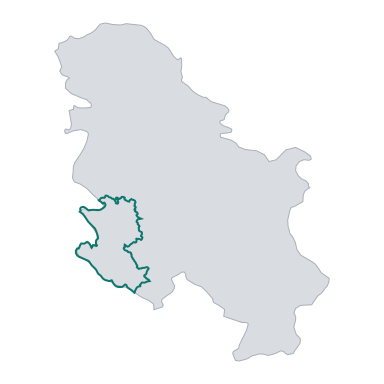 location of Zlatiborski within Republic of Serbia
{"feature_id": "SRB-1505", "entity_name": "Zlatiborski", "entity_type": "District", "adm_level": 1, "iso_a3": "SRB", "parent_name": "Republic of Serbia", "parent_adm1": "", "projection": "equal_earth", "projection_center": [19.945, 43.584], "detail": "fine", "context": "in_parent", "style": "outline", "palette": "teal", "viewbox_px": 384, "rotation_deg": 0, "n_neighbors": 0, "source": "natural_earth", "source_scale": "10m", "svg_char_len": 8794}
<svg xmlns="http://www.w3.org/2000/svg" viewBox="0 0 384 384"><path d="M220.4,137.1L231.2,140.2L236.1,143.2L238.7,147.0L245.6,149.6L256.7,150.8L264.5,154.8L269.0,161.5L276.1,159.8L285.8,150.0L295.5,147.4L305.1,152.1L310.4,156.0L311.3,159.1L309.1,160.3L303.8,159.7L299.4,161.6L296.1,165.9L295.6,170.6L298.1,175.5L301.5,178.9L305.9,180.8L308.3,183.4L308.6,186.7L309.8,187.6L307.3,189.1L304.7,191.3L303.2,195.3L302.9,201.6L294.4,206.5L291.2,207.4L289.8,210.7L287.7,220.0L288.1,226.9L289.3,230.5L289.9,233.4L292.7,237.0L295.3,242.4L297.0,249.7L300.8,255.2L310.3,260.7L315.1,263.9L318.6,268.6L321.3,272.8L329.3,278.4L328.7,282.4L327.1,286.3L325.3,288.1L321.5,293.1L317.7,296.0L311.6,304.8L301.7,305.3L299.3,306.0L295.6,308.5L293.9,312.9L295.7,316.5L295.6,320.1L293.8,327.1L296.3,334.6L299.9,338.0L300.4,340.0L299.9,343.5L294.8,350.7L293.2,353.4L288.0,354.7L286.2,354.0L283.5,351.5L281.0,350.8L274.8,353.7L268.4,355.5L263.4,354.1L258.5,354.0L255.1,355.2L252.5,355.6L247.5,358.7L239.4,361.0L235.6,360.5L234.2,357.6L232.7,353.4L233.4,351.5L238.7,348.2L239.3,345.1L246.6,330.0L248.0,325.1L248.1,323.5L246.1,322.5L242.0,322.5L223.8,316.4L224.6,309.4L219.2,305.6L213.4,302.3L212.4,298.5L206.0,291.0L201.3,286.7L195.3,284.6L190.2,281.5L187.1,279.6L185.7,276.1L185.7,274.0L184.1,272.0L181.6,272.2L177.5,275.0L172.3,277.5L171.4,279.2L173.3,283.4L174.7,286.0L174.1,288.6L172.4,291.8L162.5,298.8L161.4,301.3L163.3,305.3L162.1,307.1L153.8,309.7L154.0,307.6L153.5,304.1L148.7,300.4L142.0,297.5L127.0,287.6L121.3,286.3L116.2,285.2L108.8,280.5L105.1,279.6L100.9,276.3L91.8,264.9L84.1,258.8L78.8,255.6L77.3,252.6L77.0,249.5L77.2,248.4L81.2,244.0L84.3,243.3L88.2,243.2L90.8,245.4L94.3,245.9L96.2,243.1L97.2,238.9L96.8,233.7L88.6,221.5L81.5,213.0L80.7,211.1L82.2,209.5L84.7,208.6L87.3,209.4L94.3,210.0L100.9,209.2L103.2,207.1L103.2,204.3L100.8,201.7L93.0,194.8L87.0,188.6L79.9,183.9L74.6,182.0L73.1,179.6L72.5,177.1L73.1,172.4L73.4,166.4L74.7,162.7L79.5,155.7L84.0,148.2L86.9,141.0L88.4,134.3L87.8,132.4L85.5,131.0L80.5,129.6L73.5,130.8L67.6,133.2L65.3,133.4L64.6,130.5L65.5,129.1L67.3,129.3L68.9,129.9L70.5,128.5L71.5,124.5L69.1,110.5L73.5,109.3L73.6,107.3L74.0,105.5L78.5,107.9L84.9,108.0L90.5,107.5L91.3,106.1L91.3,104.1L90.1,102.6L88.2,101.3L86.7,99.4L83.0,98.6L71.2,93.5L65.4,88.2L65.6,82.6L67.3,79.5L69.3,78.4L68.8,77.4L62.1,74.8L59.8,71.1L61.7,66.5L58.3,57.0L54.7,51.2L58.3,48.7L58.8,45.1L59.1,43.1L60.6,43.1L66.4,40.7L68.5,38.8L69.7,36.5L71.1,36.0L74.9,38.4L79.0,38.6L83.5,37.1L86.9,34.9L91.0,33.1L92.9,31.9L95.3,29.9L100.1,24.2L105.5,23.0L112.7,24.5L120.5,25.0L126.4,23.7L141.2,25.3L144.4,26.7L146.5,28.2L150.4,33.0L154.1,39.4L159.3,42.3L165.5,45.8L168.7,48.4L173.4,56.0L177.2,59.7L178.4,59.5L179.6,58.6L180.5,57.8L181.5,58.5L181.5,60.8L181.8,65.9L180.9,71.4L182.3,76.6L182.3,78.2L181.4,79.7L181.5,81.0L182.8,82.4L187.9,85.8L192.6,91.1L198.0,94.8L203.0,97.2L206.1,97.4L211.3,101.7L221.6,104.8L224.8,105.8L227.1,107.6L228.7,109.6L228.8,111.8L227.3,112.9L225.1,115.8L224.2,119.4L222.6,120.4L221.0,120.4L219.8,121.5L220.1,123.0L221.4,124.5L223.6,125.9L227.7,127.2L231.7,129.2L231.7,130.7L230.9,132.4L225.8,133.1L222.0,133.4L220.2,134.1L220.4,137.1Z" fill="#d9dde1" stroke="#a8b0b8" stroke-width="1"/><path d="M100.8,275.8L98.3,273.8L97.6,272.8L96.5,270.4L95.7,269.2L91.7,265.3L89.0,261.3L87.9,260.6L78.8,256.7L77.0,255.2L75.9,253.0L75.9,250.5L77.2,248.5L78.7,248.5L79.5,247.0L80.2,245.0L81.1,243.6L81.8,243.4L83.5,243.7L84.3,243.6L85.1,243.2L86.6,242.1L87.3,241.9L88.4,242.5L89.6,243.9L90.5,245.5L91.1,247.0L91.6,247.8L92.2,247.0L93.0,245.1L93.8,245.1L96.3,246.0L96.8,245.7L97.0,245.4L96.8,245.0L96.3,244.5L96.0,243.6L95.9,242.4L96.0,241.2L96.3,240.1L98.0,238.5L97.9,236.3L96.3,231.5L95.0,228.6L88.2,221.7L84.7,216.3L82.7,213.8L80.4,212.2L79.7,211.7L80.4,211.0L80.6,210.4L80.2,209.3L80.2,208.7L80.6,207.9L81.2,207.4L82.5,207.0L83.5,206.9L84.4,207.2L86.1,208.4L87.8,209.9L88.6,210.4L89.6,210.3L90.6,210.0L94.1,209.8L97.9,210.2L99.5,210.0L101.1,209.5L103.8,207.6L104.9,206.4L105.5,205.0L105.0,203.4L104.2,202.7L103.6,202.9L103.2,203.4L102.9,203.6L102.3,203.2L101.2,201.9L99.1,200.7L98.7,200.2L99.4,200.0L99.6,199.9L99.8,199.7L100.5,198.5L100.8,198.2L101.6,198.0L102.5,197.6L102.8,197.6L104.0,197.9L104.6,197.7L104.9,197.4L105.1,196.9L105.4,196.4L105.5,196.2L105.5,195.7L106.0,195.6L106.6,195.6L107.5,196.0L108.0,196.1L108.5,196.7L109.1,197.2L110.6,197.6L111.2,197.8L111.5,198.1L111.9,198.5L112.3,198.8L112.6,198.8L113.2,198.8L113.5,199.0L114.0,199.5L114.6,200.0L114.7,200.3L114.9,200.7L115.0,200.9L115.6,201.5L115.8,201.9L115.9,202.2L115.9,202.4L115.8,202.9L115.8,203.0L116.1,203.4L116.5,203.5L117.5,203.6L117.8,203.5L118.0,203.3L118.1,203.2L118.2,202.9L118.2,202.6L118.2,202.2L118.2,201.7L117.9,200.9L117.5,199.8L117.1,199.4L116.3,198.9L115.9,198.6L115.8,198.4L115.8,198.2L116.4,197.7L116.6,197.6L117.0,197.6L117.4,197.7L117.6,197.8L118.3,198.5L119.3,199.0L119.7,198.9L120.2,198.3L121.1,198.0L121.3,197.7L121.5,197.1L121.7,196.9L122.0,196.8L123.3,197.0L123.7,197.1L124.2,197.3L124.7,197.6L124.8,197.8L124.8,198.1L124.4,198.6L124.4,198.8L124.5,199.2L124.9,199.7L125.3,200.1L126.0,200.3L126.9,200.8L127.4,201.2L127.7,201.3L128.5,201.4L129.3,201.6L129.5,200.7L129.7,200.2L130.2,199.9L131.4,199.1L131.7,199.5L131.9,199.6L132.2,199.7L132.9,199.7L133.2,199.8L134.9,200.7L135.4,201.9L135.5,202.3L135.4,202.4L135.3,202.6L134.9,203.2L134.7,203.6L134.7,204.0L134.9,204.6L134.9,204.8L134.8,205.1L134.5,205.5L134.4,205.8L134.5,206.0L135.5,206.9L135.7,207.2L135.7,207.4L135.7,207.6L135.5,207.9L134.8,208.6L134.5,209.5L134.5,209.8L135.2,210.1L135.3,210.1L135.3,210.5L135.0,210.9L135.0,211.2L135.1,211.3L135.5,211.6L136.5,212.3L136.8,212.4L137.1,212.4L137.4,213.0L137.6,213.5L137.7,213.9L137.6,214.0L137.3,214.4L136.8,214.8L136.6,214.9L136.6,215.0L136.5,215.3L136.7,215.7L137.4,216.6L138.5,217.5L139.3,217.9L140.0,218.2L141.1,218.7L139.8,219.0L139.3,219.0L138.5,218.9L138.2,219.0L137.8,219.4L137.4,220.0L136.9,220.4L136.9,220.6L136.6,221.3L136.6,221.7L136.6,221.9L136.8,222.1L137.0,222.3L137.5,222.6L137.8,222.8L137.9,223.2L137.8,223.5L137.8,223.8L137.7,224.1L138.3,224.9L138.9,225.3L139.1,225.6L139.3,225.8L139.4,226.1L139.4,226.5L138.9,227.0L138.7,227.3L138.7,227.5L138.9,228.4L138.8,229.4L139.0,230.0L139.0,230.4L139.0,230.5L139.2,230.8L140.3,231.5L140.7,231.7L141.6,232.1L141.8,232.3L141.8,233.0L142.0,233.6L142.0,233.9L141.7,234.5L141.4,235.2L141.0,235.7L141.0,236.0L141.3,236.4L142.0,237.0L142.3,237.2L142.4,237.5L142.4,237.8L142.3,238.0L142.0,238.7L141.8,239.3L141.4,239.7L141.1,239.9L140.8,239.8L139.6,239.1L139.0,239.0L138.1,238.8L137.9,238.9L137.4,239.0L137.2,239.0L136.9,238.9L136.7,238.7L136.3,238.8L136.3,239.0L136.5,239.4L136.5,240.5L136.4,241.0L136.5,241.5L136.3,242.0L135.8,242.4L135.2,242.5L134.8,242.5L134.0,242.1L133.7,242.1L133.3,242.3L131.6,243.8L130.8,244.2L130.5,244.3L129.5,245.5L129.2,246.0L127.9,246.6L127.7,246.7L127.4,246.6L127.2,246.5L126.7,246.1L125.8,245.4L124.7,244.7L124.6,245.3L124.5,245.8L124.6,246.1L124.8,246.6L124.9,246.8L124.9,247.0L124.7,247.3L124.1,247.7L123.9,247.8L123.8,248.0L123.7,248.1L123.7,248.3L123.8,248.5L124.1,249.0L124.3,249.5L124.8,250.0L125.1,250.3L125.6,250.5L126.7,250.7L127.5,251.1L127.7,251.3L128.0,252.0L128.6,252.2L129.8,252.3L130.5,252.5L130.9,252.9L131.0,253.1L131.1,253.8L131.1,254.0L131.5,254.4L131.6,254.7L131.6,254.9L131.5,255.6L131.5,256.1L131.6,256.3L132.0,257.2L132.4,257.8L132.7,258.1L132.7,258.3L133.1,259.1L134.0,260.1L134.1,260.3L134.3,261.0L135.1,261.9L135.8,262.8L135.9,263.5L136.3,264.2L136.5,264.6L137.2,265.4L137.2,265.6L137.3,265.8L137.2,266.1L137.2,266.3L136.9,266.6L136.8,267.0L137.2,267.6L137.5,267.9L138.1,268.2L138.7,268.9L138.9,268.9L139.1,268.9L139.9,268.5L141.4,268.4L142.4,267.9L142.6,267.9L144.0,267.8L144.5,267.8L145.3,267.5L146.3,267.3L146.8,267.1L147.1,267.1L147.7,267.4L148.4,268.1L148.6,268.4L148.6,268.8L147.4,270.4L147.2,270.9L146.9,271.4L146.7,271.9L146.5,272.6L146.4,273.7L146.3,273.9L146.0,274.2L144.4,275.3L144.2,275.5L144.4,276.6L144.6,276.9L145.3,277.2L145.7,277.5L145.9,277.7L146.1,278.2L146.2,278.4L146.4,278.5L147.2,278.8L147.9,279.3L148.6,279.7L148.8,279.8L149.2,280.6L149.6,281.1L147.2,281.5L145.9,282.1L145.4,282.4L145.1,282.5L144.6,282.6L143.8,282.6L143.0,282.6L142.2,282.5L141.8,282.6L141.2,283.4L140.9,283.9L140.4,284.3L140.1,284.6L140.0,284.9L140.3,285.5L140.4,286.0L140.2,286.3L139.9,286.4L139.1,286.3L138.6,286.5L137.5,287.0L137.2,287.3L136.8,287.7L136.4,288.3L136.1,288.8L135.9,289.4L135.5,289.9L135.4,290.1L135.0,291.2L134.9,292.1L134.8,292.3L134.7,292.5L134.4,292.8L132.1,290.6L128.1,287.9L127.4,287.3L126.9,286.4L126.6,285.5L126.1,284.8L125.2,284.5L124.6,284.9L123.0,286.4L122.3,286.9L120.0,287.0L117.8,286.9L116.2,286.3L114.9,285.3L113.6,283.7L111.7,280.3L111.1,280.3L110.6,280.8L109.7,281.1L108.3,280.9L105.4,280.1L104.0,279.4L102.8,278.4L100.8,275.8Z" fill="none" stroke="#0f766e" stroke-width="2"/></svg>